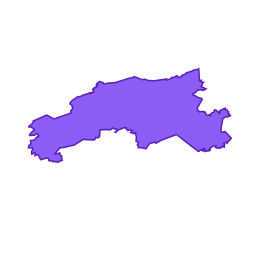 Vītiņu pag., Auces, Latvia (Equal Earth projection), rotated 158°
{"feature_id": "27541924B21260207281398", "entity_name": "Vītiņu pag.", "entity_type": "district", "adm_level": 2, "iso_a3": "LVA", "parent_name": "Latvia", "parent_adm1": "Auces", "projection": "equal_earth", "projection_center": [22.857, 56.46], "detail": "fine", "context": "isolated", "style": "filled", "palette": "violet", "viewbox_px": 256, "rotation_deg": 158, "n_neighbors": 0, "source": "geoboundaries", "source_scale": "gbopen_adm2", "svg_char_len": 5675}
<svg xmlns="http://www.w3.org/2000/svg" viewBox="0 0 256 256"><g transform="rotate(158 128 128)"><path d="M45.9,74.2L45.5,74.8L45.6,75.3L45.0,75.9L44.5,76.5L44.6,77.1L44.8,77.3L44.7,77.4L44.9,77.7L44.3,77.7L44.3,77.8L42.8,78.0L42.4,77.7L42.1,77.7L41.7,77.6L42.2,77.4L41.8,76.7L39.9,78.2L38.8,78.3L37.6,78.8L36.1,79.8L36.6,81.4L37.1,82.3L37.6,84.0L39.2,88.1L39.9,88.5L41.6,88.8L42.1,88.8L43.3,89.8L42.9,90.8L42.7,91.0L41.4,93.5L39.9,96.0L37.6,99.5L36.7,101.1L32.6,101.8L31.6,100.9L31.4,100.9L30.0,101.0L29.0,101.0L28.3,101.3L29.8,102.9L28.9,103.4L29.5,104.1L29.5,105.1L28.7,105.3L29.4,106.4L29.4,108.0L31.0,108.6L30.4,109.9L34.2,110.0L36.8,109.5L36.1,108.7L36.8,107.8L37.7,107.1L39.8,111.8L41.0,112.4L42.4,110.5L44.1,110.7L44.6,110.4L45.7,110.2L46.4,109.5L46.6,109.2L46.6,109.3L48.1,110.0L48.5,109.6L49.9,110.1L50.6,111.3L50.4,112.5L50.5,113.0L51.4,113.8L50.8,114.2L52.5,115.4L55.7,116.2L55.6,116.5L55.9,116.9L55.9,117.4L56.9,117.8L56.3,120.6L56.1,120.9L52.5,123.4L51.7,124.3L49.0,126.2L48.7,126.6L48.5,127.5L48.8,128.0L50.1,128.8L52.7,131.3L53.7,133.0L55.7,134.8L53.8,135.8L52.1,135.4L50.1,136.7L49.5,137.0L45.7,136.0L45.5,135.5L44.4,134.6L41.0,135.0L44.6,139.0L44.0,139.3L42.5,140.8L41.8,141.8L40.9,142.1L41.5,142.5L42.9,143.2L43.0,143.4L43.0,143.5L42.1,144.7L44.0,145.0L40.2,156.5L40.8,156.4L42.7,156.5L44.2,156.8L45.9,157.1L46.9,156.8L47.9,156.9L48.7,156.7L49.9,157.0L52.2,157.2L53.7,157.2L54.1,156.8L55.3,156.5L58.3,156.6L59.3,155.8L60.5,155.5L61.6,155.8L61.9,156.3L62.7,156.6L62.5,157.0L62.8,157.4L63.0,158.1L64.3,158.0L64.8,158.2L65.4,158.0L67.2,157.7L67.4,157.8L68.4,158.6L69.3,158.0L70.0,157.8L71.2,157.7L74.1,157.9L75.1,158.6L74.3,159.1L87.0,162.2L88.4,163.1L89.5,163.7L90.3,163.8L91.9,164.9L94.3,167.0L95.5,167.3L96.0,167.1L97.8,168.5L100.0,170.4L100.1,170.7L103.1,173.3L105.3,172.9L105.5,172.9L106.7,173.4L107.4,173.5L108.9,173.8L110.1,173.8L122.9,174.9L130.3,177.3L132.9,177.4L133.8,177.9L134.0,178.4L134.3,179.8L134.6,180.0L135.6,180.3L136.9,181.8L137.6,181.5L138.1,181.5L138.4,181.4L138.6,181.2L139.1,181.2L140.3,180.8L140.6,180.8L140.4,180.7L140.8,180.5L140.7,180.2L141.0,179.9L140.7,179.8L140.3,179.2L141.0,179.2L141.0,179.6L141.4,179.5L141.5,179.3L141.5,179.2L141.3,179.1L141.1,178.8L141.4,178.4L141.5,178.2L141.4,177.9L141.5,177.6L141.7,177.4L142.0,177.4L142.5,177.4L142.9,177.6L143.1,177.7L143.0,177.9L143.3,178.0L143.5,177.8L143.9,177.9L144.0,177.9L144.3,177.9L144.7,177.8L144.8,177.7L144.9,177.4L145.7,177.4L145.8,177.2L146.0,177.0L145.7,176.8L146.1,176.7L146.3,176.6L146.0,176.3L146.0,176.2L146.1,175.8L146.0,174.9L146.6,174.5L146.6,174.4L146.8,174.2L147.0,174.2L147.4,174.4L147.7,174.4L147.8,174.4L147.9,174.0L148.0,173.9L148.3,173.9L148.5,174.0L149.0,174.5L149.3,174.6L149.6,174.5L150.0,174.1L150.1,174.3L150.1,174.8L150.6,174.9L150.6,174.7L151.5,174.9L152.5,174.7L152.8,174.9L153.4,174.9L153.7,174.8L154.0,174.8L154.2,175.1L154.8,175.2L155.1,175.2L155.5,174.9L155.7,175.0L157.4,175.4L160.3,175.0L163.0,175.9L169.7,174.3L172.2,173.0L172.5,172.7L172.7,171.9L172.7,171.7L172.4,171.3L171.5,170.6L171.4,170.4L171.5,169.8L171.6,169.5L171.9,168.3L171.9,166.6L174.2,165.7L174.6,165.4L175.1,164.2L174.8,163.9L174.7,163.7L174.9,163.6L175.3,163.3L193.2,164.1L198.6,170.5L212.7,170.0L212.4,169.7L214.2,168.8L214.6,168.2L219.4,166.6L219.5,166.4L219.4,165.8L219.3,165.7L218.7,165.8L218.0,165.6L217.5,165.2L217.0,164.6L216.4,163.6L215.9,162.2L215.7,162.1L215.3,161.4L218.0,160.6L220.1,159.6L222.0,158.4L221.7,157.6L220.9,157.5L217.4,156.4L217.0,156.4L215.8,156.7L214.5,157.0L213.6,154.7L213.8,154.0L215.0,154.1L215.1,153.5L216.6,153.5L219.2,151.8L223.2,152.9L224.1,149.5L226.5,148.9L226.8,148.1L227.7,146.9L225.7,146.0L223.7,145.0L224.1,144.3L226.3,142.2L227.0,139.8L226.2,139.7L224.9,139.9L223.5,140.3L223.4,140.2L223.9,138.2L224.1,138.1L224.7,137.3L221.3,137.1L220.8,131.3L216.1,130.7L215.3,130.9L214.9,130.5L214.0,130.3L213.3,129.6L213.3,128.4L213.6,127.6L212.7,126.6L210.0,125.8L210.2,124.8L208.0,124.0L205.7,122.5L204.0,122.8L203.9,122.7L201.0,122.7L201.0,124.1L200.4,125.3L199.9,126.9L200.9,128.2L201.1,128.3L200.5,130.4L205.5,131.1L205.7,131.3L202.6,133.1L199.3,134.6L198.9,135.3L198.7,135.2L194.5,133.9L188.6,133.1L184.4,132.3L173.0,134.3L172.9,134.3L172.5,133.5L170.4,132.5L169.5,132.2L166.5,130.7L163.6,129.5L161.2,131.3L159.8,130.1L158.4,130.6L158.1,130.6L157.8,130.5L157.4,131.0L156.5,133.0L155.5,135.0L154.4,136.8L146.5,133.7L145.4,132.9L141.7,133.7L141.4,132.5L139.4,131.7L139.8,131.5L138.9,129.7L141.6,129.0L141.5,128.7L138.0,129.5L137.2,129.8L131.9,129.7L131.1,129.6L129.9,129.2L129.7,129.1L130.3,128.2L130.0,127.6L129.4,127.0L128.6,125.8L128.7,125.7L127.3,125.6L125.9,124.7L125.2,124.0L125.7,123.9L125.8,123.3L127.2,122.9L126.7,122.4L126.5,122.2L125.4,121.3L125.0,120.7L122.9,120.9L123.4,120.3L123.2,119.0L123.6,116.5L124.1,115.6L124.6,114.2L125.5,113.1L125.3,112.5L124.3,111.3L124.0,110.0L125.6,109.1L125.5,106.6L125.7,105.7L124.8,105.5L121.8,104.0L119.3,102.1L118.8,102.1L118.5,102.6L116.1,104.0L115.3,104.6L113.4,105.7L111.1,105.0L110.5,105.0L110.0,105.1L108.7,105.1L108.3,104.9L108.1,104.4L108.3,103.8L108.1,103.6L106.3,103.6L103.0,104.0L99.4,104.1L85.5,103.8L82.5,98.8L80.8,95.7L80.1,94.5L79.2,92.8L78.8,92.3L76.4,88.0L72.3,81.4L71.9,80.2L71.1,80.0L70.8,79.8L69.2,80.4L67.7,80.3L67.0,80.4L65.4,80.4L64.7,79.9L65.7,79.2L66.7,79.4L66.8,79.2L67.7,79.1L68.2,79.0L65.2,78.3L65.0,78.2L65.4,77.4L64.9,77.2L62.8,77.0L61.1,76.4L60.5,76.6L61.4,77.3L60.8,77.8L60.4,77.4L59.9,77.5L60.0,77.8L59.8,78.1L59.6,78.1L59.2,78.5L58.8,78.5L58.7,78.8L58.0,79.1L57.5,78.9L56.4,79.0L55.3,79.6L53.0,78.6L54.3,77.4L53.5,76.4L49.8,74.7L48.9,75.1L48.8,75.3L48.6,75.4L47.3,75.0L46.9,75.2L46.7,75.7L45.9,74.2Z" fill="#8b5cf6" stroke="#5b21b6" stroke-width="1.5"/></g></svg>